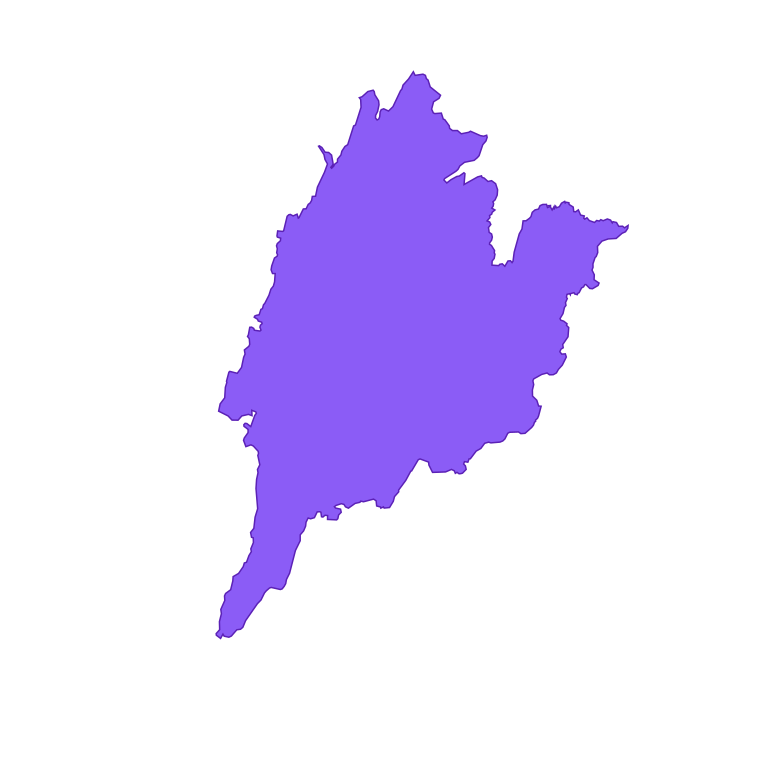 Kale, Sagaing, Myanmar (Equal Earth projection), rotated 24°
{"feature_id": "60261553B8221618130624", "entity_name": "Kale", "entity_type": "district", "adm_level": 2, "iso_a3": "MMR", "parent_name": "Myanmar", "parent_adm1": "Sagaing", "projection": "equal_earth", "projection_center": [94.431, 22.954], "detail": "fine", "context": "isolated", "style": "filled", "palette": "violet", "viewbox_px": 768, "rotation_deg": 24, "n_neighbors": 0, "source": "geoboundaries", "source_scale": "gbopen_adm2", "svg_char_len": 6161}
<svg xmlns="http://www.w3.org/2000/svg" viewBox="0 0 768 768"><g transform="rotate(24 384 384)"><path d="M239.0,445.6L239.8,446.5L240.4,451.5L244.1,461.4L242.4,468.8L244.0,476.1L254.6,476.6L259.8,478.8L265.4,476.4L267.1,471.0L272.5,466.9L276.3,466.6L273.9,461.8L278.2,461.6L279.3,462.7L278.7,465.2L279.6,477.1L274.8,475.9L273.1,476.4L272.5,478.2L273.3,479.6L278.3,480.8L279.6,483.7L278.3,490.2L278.6,492.6L283.3,497.4L287.2,493.7L289.9,493.8L296.5,496.7L297.6,498.5L297.8,500.6L303.4,508.3L303.2,513.6L305.0,516.3L306.4,523.0L309.6,531.6L319.3,549.3L320.4,558.1L323.8,568.8L322.5,573.9L325.3,577.9L327.1,577.7L329.2,582.0L329.4,588.8L331.0,591.1L330.4,595.6L330.9,602.8L329.2,604.3L329.7,608.1L328.2,616.2L324.5,621.3L326.0,625.5L327.6,634.3L324.5,639.8L324.5,642.5L326.6,646.5L326.6,656.3L328.9,660.0L330.3,668.0L333.8,675.3L332.2,680.3L333.0,681.7L338.2,682.9L338.6,678.0L340.5,679.4L345.3,678.4L347.1,676.3L349.5,668.4L352.7,666.4L354.0,663.7L353.8,656.5L357.7,636.2L359.5,631.3L359.8,623.5L360.6,620.8L362.4,616.9L363.8,615.7L372.9,613.9L374.3,612.6L375.1,609.6L375.4,606.4L374.4,602.2L374.7,595.3L370.8,572.1L371.2,561.3L368.8,555.9L370.3,550.9L370.2,545.7L369.0,542.0L369.2,537.3L371.8,537.0L374.8,534.4L375.0,528.0L377.3,526.8L378.5,526.8L380.9,530.7L382.3,530.4L383.5,527.9L386.0,527.1L387.5,530.7L396.0,527.4L396.6,525.8L395.8,522.1L397.1,518.6L395.2,516.0L390.1,517.0L388.6,516.3L389.5,514.5L393.7,510.7L396.4,510.3L398.8,511.9L402.0,511.9L406.2,504.8L410.1,501.9L410.4,500.5L413.2,499.9L421.3,493.4L424.3,493.9L426.9,498.4L430.9,497.8L431.6,498.7L433.5,496.5L434.6,497.3L439.3,494.6L440.2,487.4L439.4,482.6L441.3,476.5L440.5,475.0L443.1,463.1L443.9,452.7L444.6,452.2L446.1,439.2L447.4,437.8L456.5,437.2L458.0,439.8L464.3,445.0L476.0,439.3L480.4,434.6L483.5,434.7L485.5,436.6L486.6,435.0L489.1,435.5L490.7,434.6L492.0,433.5L493.8,428.6L491.7,425.7L489.3,424.7L489.1,422.2L492.4,421.3L492.2,417.8L493.3,417.2L495.5,407.8L498.7,403.5L500.1,397.2L503.2,394.6L505.6,394.3L513.6,389.9L515.7,387.7L516.8,385.0L517.1,378.7L518.4,377.0L526.4,373.1L529.2,373.7L532.9,371.7L536.6,363.6L537.3,360.8L537.0,357.7L537.7,356.5L537.1,355.3L538.2,352.9L538.2,350.4L536.6,340.4L534.2,341.2L530.2,336.7L524.6,334.6L522.0,329.1L521.0,323.7L518.7,320.5L518.7,318.4L524.2,311.1L528.5,307.6L531.4,308.3L534.8,306.7L537.0,303.8L537.4,299.7L539.2,294.2L539.6,285.2L537.4,282.7L534.2,284.4L531.5,283.0L531.5,280.2L533.0,278.0L531.2,275.2L532.9,266.0L529.8,257.3L526.9,256.2L526.7,254.5L522.6,253.5L519.6,253.8L518.2,252.7L518.9,246.9L517.7,240.6L518.3,238.2L516.7,235.8L516.7,231.4L515.4,230.5L514.7,227.7L516.8,226.0L517.9,226.7L517.6,225.6L520.4,223.3L521.6,224.2L524.2,223.8L524.2,222.3L525.1,221.2L525.4,215.9L526.8,214.1L527.1,211.5L528.1,211.0L533.1,213.0L535.7,212.2L539.5,206.9L539.4,204.3L533.5,203.3L531.7,198.7L527.7,195.3L527.5,192.4L526.0,189.2L525.4,182.7L526.0,181.2L525.8,177.0L523.0,171.4L525.0,164.8L529.8,160.3L536.9,156.6L540.2,149.5L542.7,146.7L543.4,142.6L542.5,139.9L540.2,143.5L537.8,142.8L534.3,144.5L530.7,141.9L527.2,142.6L527.0,144.0L524.3,142.1L520.9,142.4L517.8,145.7L515.2,145.7L514.4,147.6L511.8,148.1L510.6,150.8L505.1,151.2L501.8,149.6L500.3,151.7L499.1,151.3L498.6,149.0L494.9,149.7L490.7,145.9L489.0,148.8L487.2,149.3L484.9,145.4L480.1,144.7L479.2,143.2L476.3,143.9L475.9,144.9L474.8,143.7L472.6,146.6L472.1,150.7L470.0,152.8L468.5,151.7L468.4,155.4L467.2,152.9L466.8,156.6L464.2,154.7L463.5,153.2L461.9,154.1L463.1,154.8L461.6,156.3L459.4,153.8L456.0,155.4L454.0,157.6L454.0,161.3L451.1,163.6L449.6,166.9L450.2,171.3L449.5,173.4L447.4,177.1L444.7,178.4L447.0,186.3L446.5,191.9L449.3,210.6L451.9,219.3L451.6,221.0L449.4,220.0L447.2,221.2L446.5,227.3L443.2,226.1L441.1,227.5L440.6,229.2L434.3,231.5L432.8,227.7L433.6,224.5L432.6,220.3L431.4,219.4L430.7,217.1L425.7,213.7L423.6,213.5L423.1,212.1L423.8,208.9L423.2,205.7L421.3,203.2L418.4,202.7L415.8,198.6L416.7,194.8L414.6,193.0L411.8,193.1L413.1,188.9L411.9,187.2L413.3,185.0L413.0,183.1L414.6,179.9L410.9,179.5L411.4,177.2L410.8,174.6L409.4,173.3L410.6,170.6L410.6,165.4L408.8,160.4L404.5,155.6L399.6,154.5L396.6,156.7L391.7,155.1L389.6,155.4L388.4,154.2L385.3,156.7L376.0,169.2L372.4,158.9L371.1,158.5L368.2,163.4L366.1,164.8L362.1,170.1L359.6,174.8L355.8,173.3L355.8,171.7L363.2,160.4L364.3,157.9L364.6,153.9L367.4,148.7L375.4,143.0L377.2,139.3L378.0,136.8L376.9,125.2L378.3,120.5L377.9,116.7L376.6,115.0L374.3,117.1L370.9,117.9L360.2,117.9L359.0,119.6L352.8,124.0L348.0,122.6L343.5,124.6L340.0,123.8L338.6,121.6L332.0,117.8L330.4,117.9L326.2,113.2L320.4,116.3L318.8,116.3L315.7,113.5L314.5,106.0L318.1,100.7L318.2,97.2L305.4,93.8L300.6,88.4L298.5,87.8L296.3,85.2L293.6,85.1L286.9,89.4L283.8,86.8L282.4,95.3L279.8,103.2L280.4,107.2L279.8,109.3L279.4,127.0L277.1,132.8L271.8,132.7L269.9,134.5L269.8,137.0L271.4,141.7L271.4,144.2L270.3,145.6L268.1,144.5L267.1,142.0L267.3,137.6L265.9,131.0L263.9,127.5L258.0,123.5L256.1,120.8L254.6,120.0L250.3,123.4L247.1,130.5L245.0,132.5L247.0,133.6L250.5,140.6L252.6,159.0L251.3,160.6L253.5,180.1L251.7,182.9L250.8,188.5L251.5,192.3L250.1,197.5L251.2,200.2L249.4,203.5L249.5,205.3L248.4,208.2L247.3,207.7L248.1,204.8L247.8,203.3L243.0,196.2L239.3,195.0L235.9,196.2L231.1,193.2L228.1,192.7L227.5,193.4L235.8,198.8L238.8,202.9L242.9,206.0L243.5,214.9L243.1,231.2L245.1,240.3L242.2,241.8L243.2,245.7L242.9,248.6L241.7,250.8L241.6,255.6L239.1,256.9L238.7,266.6L238.2,267.3L235.5,264.2L232.6,267.4L229.4,267.2L228.2,268.1L227.3,270.2L230.0,284.8L229.4,285.8L224.6,287.4L226.0,292.3L226.9,293.2L230.3,292.8L231.1,295.3L229.4,299.1L229.6,301.5L231.5,303.8L232.6,307.8L234.2,309.2L234.4,310.7L232.7,313.5L233.4,321.8L234.4,325.6L237.2,328.4L239.7,327.4L242.5,335.3L243.1,339.6L242.1,343.4L242.8,349.7L242.3,358.7L241.7,360.7L242.3,364.6L241.2,365.9L241.8,371.5L239.3,373.3L238.2,374.6L238.3,375.8L242.1,376.3L243.5,377.6L247.1,377.3L248.1,378.5L247.2,380.5L247.5,382.5L249.7,384.8L249.1,386.1L243.7,387.6L242.4,386.2L239.9,385.9L238.3,386.8L240.1,394.2L240.0,396.1L242.5,397.4L245.2,402.4L245.2,404.5L242.6,409.7L244.9,413.2L244.9,416.6L247.1,426.8L245.6,433.9L238.0,435.2L237.5,436.3L239.0,445.6Z" fill="#8b5cf6" stroke="#5b21b6" stroke-width="1.5"/></g></svg>